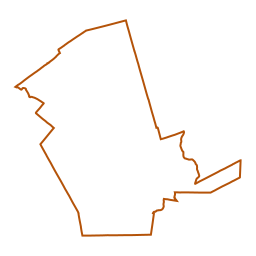 outline of Talpa, Teleorman, Romania
{"feature_id": "2599482B48667191952108", "entity_name": "Talpa", "entity_type": "district", "adm_level": 2, "iso_a3": "ROU", "parent_name": "Romania", "parent_adm1": "Teleorman", "projection": "mercator", "projection_center": [25.316, 44.288], "detail": "fine", "context": "isolated", "style": "outline", "palette": "amber", "viewbox_px": 256, "rotation_deg": 0, "n_neighbors": 0, "source": "geoboundaries", "source_scale": "gbopen_adm2", "svg_char_len": 5458}
<svg xmlns="http://www.w3.org/2000/svg" viewBox="0 0 256 256"><path d="M82.4,235.6L89.5,235.6L95.3,235.5L102.1,235.4L107.8,235.2L110.0,235.3L122.0,235.2L126.0,235.1L132.6,235.1L141.4,234.9L150.9,234.7L152.5,223.8L153.9,213.7L153.3,213.3L153.0,213.2L153.3,212.5L153.5,212.3L153.8,212.0L153.9,211.9L154.4,211.9L154.8,211.7L155.0,211.7L155.4,211.5L155.6,211.6L155.8,211.4L156.2,211.1L156.6,210.7L156.9,210.5L157.6,210.4L157.9,210.5L158.5,210.2L159.3,210.2L159.9,210.2L160.2,210.1L160.3,210.1L160.6,210.1L160.8,210.0L161.5,209.8L162.3,209.2L162.5,209.0L163.0,208.3L163.5,207.2L163.6,206.9L163.7,206.6L163.7,206.0L163.5,204.7L163.5,204.0L163.6,203.2L163.8,202.5L163.8,202.3L163.9,201.8L163.8,201.4L163.7,200.7L163.7,200.3L163.8,199.1L163.9,198.9L164.3,199.0L164.7,199.0L164.9,199.1L167.6,199.3L169.9,199.8L176.8,200.9L176.1,199.9L175.6,199.4L175.5,199.2L175.3,199.1L174.9,198.9L174.8,198.7L175.0,198.5L175.0,198.4L174.9,198.4L174.7,198.4L174.6,198.2L174.4,197.6L174.3,197.4L174.3,197.2L174.5,196.7L174.6,196.4L174.6,196.0L174.8,195.5L174.9,195.0L175.0,194.6L175.0,194.0L175.0,192.9L175.0,192.6L174.9,192.3L176.2,192.3L180.8,192.5L181.0,192.4L187.0,192.4L200.5,192.6L210.6,192.6L212.7,191.5L215.1,190.3L216.5,189.5L222.5,186.3L224.0,185.6L225.2,185.0L229.3,183.0L232.4,181.3L232.8,181.1L233.9,180.6L237.9,178.5L239.7,177.6L239.9,177.4L240.0,175.2L240.3,168.0L240.6,160.3L240.4,160.3L236.8,162.2L235.9,162.6L235.4,162.9L234.8,163.2L234.4,163.5L233.0,164.1L232.2,164.7L230.4,165.6L226.9,167.4L224.9,168.5L224.2,168.8L223.6,169.1L220.2,170.7L218.5,171.7L213.7,174.2L212.5,174.8L207.5,177.4L204.4,179.0L200.0,181.2L196.1,183.4L195.5,183.7L195.2,183.8L195.1,183.7L195.2,183.3L195.2,183.0L195.9,181.0L196.1,180.1L196.3,179.7L196.4,179.3L196.6,178.9L196.9,178.5L197.3,178.1L198.2,177.4L198.6,177.0L198.9,176.7L199.1,176.4L199.2,176.1L199.2,175.8L199.1,175.2L198.8,174.3L198.7,173.7L198.2,172.6L198.0,171.9L197.7,170.9L197.3,170.1L197.1,169.5L197.0,169.1L197.0,168.8L197.1,167.2L197.0,166.5L197.0,165.9L196.7,165.1L196.6,164.9L196.3,164.6L196.0,164.3L195.8,164.0L195.6,163.8L195.5,163.2L195.0,162.2L194.7,161.7L193.8,160.8L192.8,159.8L192.5,159.6L192.3,159.5L192.1,159.4L191.9,159.4L190.6,159.5L190.1,159.6L189.3,159.6L188.8,159.6L188.4,159.4L187.3,159.1L186.7,158.9L186.3,158.8L186.0,158.6L185.8,158.6L185.5,158.5L185.2,158.5L184.9,158.4L184.6,158.1L184.3,157.8L184.0,157.5L183.7,157.0L183.5,156.4L183.4,155.6L183.3,154.8L183.4,154.2L183.4,153.4L183.4,152.8L183.4,152.4L183.3,151.8L183.2,151.7L182.9,151.5L182.7,151.4L182.5,151.0L182.1,150.5L181.8,149.7L181.4,148.8L180.9,147.3L180.6,146.7L180.5,146.3L180.4,145.9L180.4,145.3L180.5,144.8L180.7,144.1L180.7,143.8L180.8,143.2L180.8,142.9L181.0,142.6L181.2,142.2L181.3,141.6L181.3,141.1L181.2,140.3L181.1,139.5L181.2,138.7L181.3,138.1L181.8,137.0L181.9,136.6L182.0,136.4L182.5,135.8L182.8,135.4L183.3,134.5L183.7,133.5L183.9,132.8L184.0,132.6L183.9,131.9L183.9,131.6L183.7,131.3L183.0,131.6L180.3,132.7L174.8,134.8L172.5,135.5L168.3,136.9L166.6,137.5L162.8,138.7L160.8,139.2L157.9,128.1L157.7,127.7L157.4,127.5L157.2,127.6L156.4,127.8L155.3,123.6L154.6,121.3L154.4,120.6L153.5,117.3L151.9,111.9L149.4,102.8L148.5,99.4L148.4,99.2L148.2,99.0L146.6,93.6L142.9,80.4L140.3,71.4L139.2,67.5L138.2,63.7L137.4,61.2L136.6,58.4L135.7,55.1L135.0,52.8L134.5,51.1L134.4,51.1L134.0,49.6L132.3,43.6L131.0,39.0L130.2,36.1L128.9,31.3L127.6,26.9L126.9,24.3L125.9,20.4L125.1,20.6L109.6,24.7L104.2,26.1L91.9,29.2L89.4,29.8L86.0,30.6L85.9,30.8L85.7,30.9L84.6,31.6L84.0,32.0L79.1,35.3L76.9,36.7L75.0,38.0L72.6,39.6L70.5,41.1L69.0,42.0L68.3,42.5L67.7,42.9L66.1,44.1L65.2,44.7L64.2,45.5L63.6,46.0L63.4,46.1L63.2,46.2L61.1,47.7L58.9,49.1L58.7,49.2L58.6,49.3L58.5,49.5L58.4,49.7L58.4,49.8L59.2,51.7L59.3,51.7L59.9,53.1L59.5,53.3L58.8,53.9L58.2,54.4L57.0,55.6L56.2,56.4L55.9,56.9L55.7,57.0L54.6,58.0L54.2,58.4L53.2,59.2L52.6,59.7L49.9,61.7L49.6,61.9L49.3,62.2L48.4,62.8L48.2,62.9L48.4,63.0L46.4,64.3L46.0,64.6L45.8,64.8L45.5,64.9L44.2,65.7L43.9,65.9L43.7,66.2L41.9,67.5L40.6,68.5L39.4,69.5L38.6,70.0L36.9,71.3L34.8,72.7L32.7,74.2L28.9,76.9L27.3,78.1L24.0,80.6L22.3,82.0L20.0,83.7L18.6,84.6L18.3,84.7L16.4,86.1L15.4,86.9L16.1,87.2L16.5,87.4L16.9,87.4L17.3,87.4L17.6,87.3L17.8,87.4L18.0,87.4L18.2,87.5L19.6,88.6L20.7,89.4L20.9,89.5L21.1,89.6L21.3,89.6L21.5,89.6L21.9,89.2L22.6,88.2L22.8,88.1L23.1,88.0L23.4,88.0L24.7,88.2L25.0,88.3L25.4,88.5L25.7,88.7L25.8,88.9L25.9,89.0L26.0,89.7L26.0,89.9L26.2,90.1L27.1,91.6L28.2,93.4L28.3,93.7L28.5,94.2L28.6,94.7L28.7,94.8L29.0,95.3L29.2,95.5L29.2,95.9L29.1,96.4L29.1,96.5L29.4,96.9L29.5,97.0L29.8,97.1L30.2,97.2L31.1,96.9L31.4,96.9L31.6,96.9L31.9,96.9L33.0,97.3L33.7,97.5L34.1,97.6L35.6,98.2L36.4,98.7L37.2,99.0L38.3,99.7L39.7,100.6L40.7,101.2L41.0,101.4L42.1,102.2L42.8,102.6L43.6,103.1L43.7,103.3L43.2,104.1L42.6,104.7L42.2,105.1L40.5,107.3L39.6,108.4L38.6,109.5L37.2,111.1L36.4,112.0L36.1,112.5L35.9,112.8L35.9,113.0L36.0,113.3L36.4,113.6L39.0,115.8L41.8,118.2L43.4,119.5L45.4,121.0L46.7,122.2L47.4,122.8L48.7,123.7L50.8,125.2L52.2,126.6L52.6,126.9L53.2,127.5L53.8,128.0L52.6,129.4L51.6,130.6L45.4,138.2L42.6,141.6L40.4,144.2L40.9,145.2L41.4,146.2L41.9,147.1L45.5,153.6L46.1,154.6L46.6,155.7L48.9,159.8L50.7,162.9L52.6,166.5L54.9,170.7L56.6,173.7L60.9,181.2L63.6,186.1L65.3,189.3L66.1,190.6L68.1,194.1L68.8,195.2L71.3,199.9L72.2,201.6L73.3,203.6L74.8,206.2L77.8,211.5L78.5,213.1L78.4,213.2L79.0,216.9L79.7,220.7L80.9,226.7L80.9,227.2L81.6,231.5L82.4,235.6Z" fill="none" stroke="#b45309" stroke-width="2"/></svg>